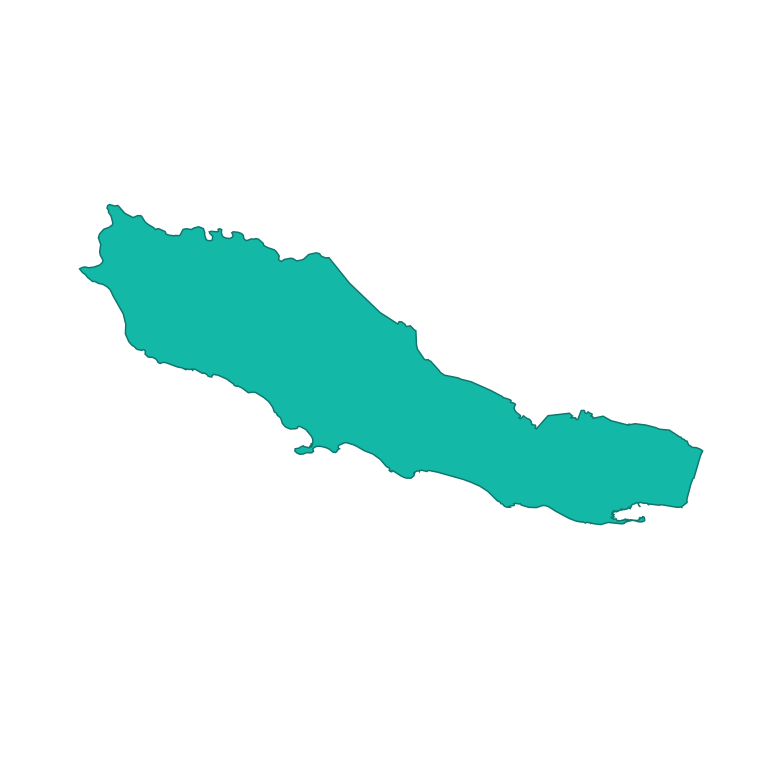 La Union, La Union, Philippines (Equal Earth projection), rotated 292°
{"feature_id": "2640588B50881283310688", "entity_name": "La Union", "entity_type": "district", "adm_level": 2, "iso_a3": "PHL", "parent_name": "Philippines", "parent_adm1": "La Union", "projection": "equal_earth", "projection_center": [120.343, 16.561], "detail": "fine", "context": "isolated", "style": "filled", "palette": "teal", "viewbox_px": 768, "rotation_deg": 292, "n_neighbors": 0, "source": "geoboundaries", "source_scale": "gbopen_adm2", "svg_char_len": 6130}
<svg xmlns="http://www.w3.org/2000/svg" viewBox="0 0 768 768"><g transform="rotate(292 384 384)"><path d="M480.5,285.6L479.1,282.7L478.9,278.4L480.7,275.2L480.2,272.0L475.9,265.7L469.7,262.8L468.1,261.2L465.4,256.8L466.2,252.4L465.5,250.1L462.2,245.0L459.2,243.0L459.7,239.7L463.4,238.9L466.4,234.6L467.3,232.1L466.9,225.2L467.3,221.4L467.5,220.6L469.2,219.3L471.2,213.5L470.9,210.8L469.5,209.1L468.8,206.5L465.8,203.4L465.4,201.8L466.4,199.5L469.2,197.8L470.1,195.5L470.0,191.8L468.6,187.1L467.3,186.2L465.1,188.5L463.4,188.4L461.2,186.7L460.2,183.2L460.1,180.1L460.7,178.7L463.0,176.7L466.2,175.7L466.5,173.7L465.2,172.2L463.6,173.4L462.6,172.4L460.9,166.7L459.7,165.0L458.4,166.0L456.9,169.7L453.6,170.8L452.8,170.6L451.7,169.0L451.0,166.9L451.3,165.0L455.0,161.9L457.3,161.0L460.4,158.3L460.4,153.3L457.4,149.3L455.1,147.6L453.8,142.3L452.0,139.8L445.3,139.1L444.7,138.3L443.6,134.9L442.9,134.3L441.4,128.8L441.4,125.8L443.3,124.0L443.6,117.2L443.1,115.8L441.6,114.4L442.7,111.6L443.6,105.6L444.8,101.7L448.9,96.2L448.4,93.7L447.5,92.2L444.3,89.0L445.2,79.7L449.7,70.8L449.6,69.9L448.2,67.9L447.5,62.1L445.7,61.0L443.3,61.3L442.0,63.4L440.0,64.3L437.3,68.2L431.9,72.1L429.9,72.6L426.4,70.5L422.5,66.2L416.5,64.1L412.6,64.4L407.2,69.1L399.9,70.9L397.1,72.8L393.5,77.0L391.4,77.4L388.0,76.0L383.7,71.2L381.1,66.5L380.5,62.9L379.1,60.7L376.7,58.6L374.5,62.5L373.4,66.5L371.8,69.2L369.9,75.4L370.8,77.7L370.3,81.5L371.1,85.8L370.4,90.9L368.8,94.9L364.3,99.7L351.3,116.0L342.5,122.3L333.7,125.4L327.8,131.4L325.7,135.3L324.8,139.3L323.8,141.1L323.7,142.9L324.5,146.9L325.7,147.8L325.8,149.1L324.7,150.7L322.3,151.2L320.7,155.0L321.2,157.4L322.0,158.8L321.9,162.1L321.3,164.1L319.5,166.3L319.1,167.8L319.3,169.0L321.3,170.9L322.1,174.1L322.4,185.6L323.0,189.4L323.6,190.6L323.2,191.3L323.1,195.7L323.7,194.4L324.6,198.3L325.8,200.0L324.5,202.1L325.7,200.8L326.5,201.7L326.9,203.5L325.9,211.2L326.9,214.0L326.2,217.0L325.4,217.8L325.5,219.9L326.0,221.7L327.2,221.5L329.0,222.2L330.0,226.8L329.7,236.1L327.6,244.5L326.6,245.8L326.8,248.8L327.4,249.1L327.1,254.0L325.1,261.5L327.4,265.6L328.0,268.1L326.6,276.9L324.7,283.2L322.7,286.7L320.6,289.6L317.0,292.8L316.7,295.3L315.2,296.5L313.8,300.9L309.4,304.5L307.3,308.6L307.1,313.8L309.6,319.2L310.7,320.2L312.3,320.2L313.2,322.2L312.5,328.6L308.3,336.4L306.2,338.5L303.2,340.0L301.6,339.9L301.4,338.2L301.4,340.1L300.4,340.2L300.2,338.5L300.2,340.2L299.4,340.3L299.1,338.2L299.1,340.1L298.6,340.1L298.7,339.4L297.3,339.0L297.5,338.6L297.0,338.6L296.7,337.8L296.0,333.3L296.5,332.6L295.1,330.9L292.5,329.0L290.7,325.9L288.4,326.5L287.4,329.4L287.3,332.0L288.7,335.2L291.8,338.5L292.0,340.3L293.2,342.7L295.1,343.9L296.9,342.4L298.2,342.6L300.4,344.2L301.7,346.3L302.7,349.7L303.3,354.7L303.0,358.4L301.7,361.9L302.2,364.5L303.4,365.5L305.4,365.7L307.3,367.0L307.7,365.4L309.9,364.8L314.6,369.3L315.5,371.0L316.2,377.9L316.0,382.5L314.8,390.3L314.9,400.0L312.7,408.8L309.0,415.9L308.2,418.1L308.0,420.8L305.9,421.4L305.5,422.0L305.3,423.0L305.5,424.1L306.0,424.3L305.4,423.2L305.7,422.1L306.9,425.0L305.1,434.2L304.9,438.0L305.2,440.2L306.8,444.3L310.1,446.1L313.0,445.8L312.5,445.0L312.8,444.9L315.4,446.8L316.6,449.2L316.3,449.6L317.2,449.4L318.2,451.4L319.0,456.7L320.2,457.2L320.7,458.2L322.3,466.6L325.2,492.8L325.5,501.2L325.2,511.1L323.3,520.6L318.1,533.0L318.0,535.8L316.8,537.2L317.2,538.6L315.8,541.5L315.8,544.0L316.8,546.7L317.1,545.6L317.7,546.0L319.9,549.8L320.6,550.3L321.6,549.2L322.5,550.4L323.4,554.3L324.1,555.2L323.2,556.6L323.9,564.5L326.5,571.6L330.8,576.6L331.7,579.2L331.9,582.5L330.4,590.7L328.7,606.2L328.9,613.5L329.9,618.8L330.6,619.3L330.6,623.1L331.7,623.7L332.6,627.5L332.2,627.9L332.8,628.3L332.9,630.5L334.9,637.7L339.6,643.6L343.5,657.1L344.8,659.0L345.7,659.2L347.9,661.3L350.9,665.9L351.8,672.3L352.8,674.7L354.1,676.4L355.3,676.8L357.7,675.4L358.1,674.1L357.9,673.5L356.6,673.5L356.3,672.1L355.1,671.8L355.4,671.1L354.0,671.4L352.3,670.1L350.3,663.0L348.8,661.2L349.7,660.8L349.0,659.6L349.1,658.8L348.6,659.2L348.8,658.4L347.7,657.2L347.1,657.6L347.5,656.9L346.9,656.6L347.0,655.8L345.2,653.9L345.4,653.1L344.5,651.6L345.9,649.8L344.7,647.3L345.4,646.7L345.0,645.5L345.4,644.6L346.1,646.3L346.9,646.0L347.1,647.0L347.9,645.8L349.1,646.1L348.3,644.2L349.6,643.8L349.6,644.6L350.6,644.8L350.9,644.0L352.0,644.1L352.4,644.4L352.1,645.7L352.7,645.5L353.0,646.4L352.6,647.3L353.6,647.9L353.2,648.1L353.4,648.5L356.0,650.3L355.8,651.0L356.9,652.4L357.2,651.8L357.5,653.7L359.4,656.4L361.1,657.0L360.7,657.1L360.7,659.0L364.9,659.1L366.4,660.6L366.7,660.3L366.5,660.7L367.0,661.5L368.7,662.9L369.0,663.8L366.9,665.7L366.4,666.8L365.8,666.7L366.4,667.1L367.0,665.7L368.7,664.2L370.4,666.3L370.6,669.0L371.6,671.4L371.9,673.5L371.8,674.0L371.2,674.1L371.2,674.4L371.8,674.2L372.3,675.7L374.8,684.8L376.0,686.3L379.2,700.9L380.3,703.9L381.1,704.9L381.1,706.4L382.1,706.2L387.7,709.4L390.6,708.0L405.4,706.1L411.7,705.8L412.9,706.6L435.9,704.3L441.3,704.5L442.0,701.9L442.0,697.5L440.7,693.3L441.5,690.7L441.5,689.3L444.5,686.5L444.3,684.5L445.1,683.1L444.8,681.3L445.9,679.1L445.7,677.8L448.1,665.8L445.3,656.4L445.3,651.5L444.0,642.0L441.2,631.6L438.7,627.8L438.6,626.3L437.9,625.7L437.4,626.1L435.0,608.3L436.2,599.2L430.5,590.7L431.6,590.2L431.9,587.8L433.4,588.6L434.2,587.9L434.1,585.9L434.6,583.7L432.8,583.0L432.3,582.1L432.6,581.0L434.0,580.2L434.4,579.3L433.3,576.8L423.9,577.0L423.2,576.0L423.1,575.5L424.4,574.3L422.7,570.0L424.9,570.8L426.3,566.8L416.0,547.9L399.5,542.1L399.5,541.4L399.7,540.8L401.6,540.5L402.5,539.7L401.7,536.4L404.5,534.4L405.7,532.3L405.7,528.9L406.7,525.2L403.3,524.0L402.9,522.7L403.2,521.8L404.8,522.7L405.9,522.3L407.3,517.3L409.2,514.5L410.6,513.5L414.4,513.5L414.9,511.2L414.4,508.1L416.3,508.0L416.6,507.1L416.4,501.9L415.9,500.1L416.6,498.7L418.0,485.2L418.7,463.8L417.3,454.2L417.4,450.3L414.8,436.7L416.0,431.4L416.7,430.9L422.7,418.5L422.5,417.2L423.1,416.1L421.9,413.4L422.1,412.0L428.7,402.1L432.2,399.6L445.3,393.6L445.4,392.1L447.8,386.6L445.8,383.6L445.8,382.8L447.2,381.0L448.2,377.0L447.5,374.8L444.8,374.3L448.8,353.5L464.5,314.3L480.5,285.6Z" fill="#14b8a6" stroke="#0f766e" stroke-width="1.5"/></g></svg>